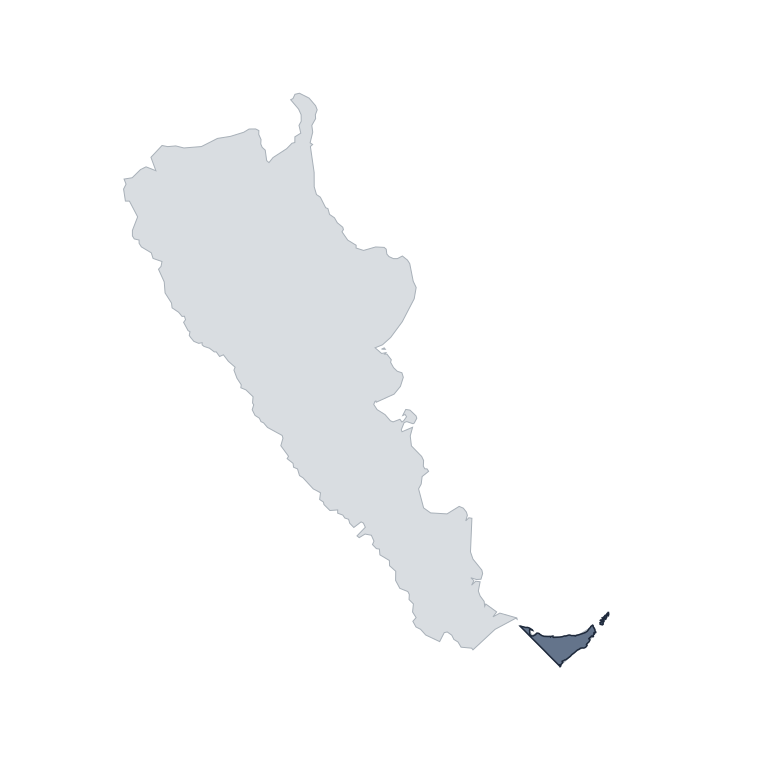 Tierra del Fuego highlighted on a map of Argentina, rotated 315°
{"feature_id": "ARG-1272", "entity_name": "Tierra del Fuego", "entity_type": "National Territory", "adm_level": 1, "iso_a3": "ARG", "parent_name": "Argentina", "parent_adm1": "", "projection": "mercator", "projection_center": [-65.869, -53.846], "detail": "fine", "context": "in_parent", "style": "filled", "palette": "slate", "viewbox_px": 768, "rotation_deg": 315, "n_neighbors": 0, "source": "natural_earth", "source_scale": "10m", "svg_char_len": 7636}
<svg xmlns="http://www.w3.org/2000/svg" viewBox="0 0 768 768"><g transform="rotate(315 384 384)"><path d="M474.1,195.2L470.2,202.3L471.1,206.9L467.4,218.1L468.4,220.3L465.4,225.6L466.5,231.4L465.0,237.0L465.7,244.0L464.5,246.1L461.9,246.7L460.1,256.6L462.4,266.2L460.4,268.1L464.0,275.1L475.0,281.2L480.7,287.5L480.9,290.2L477.9,294.1L477.6,297.4L479.3,302.0L482.1,304.8L487.5,306.5L488.2,313.0L487.3,317.1L477.3,332.0L475.0,338.5L465.6,345.1L440.9,352.9L421.6,355.8L410.6,355.2L403.3,352.1L403.9,360.7L407.5,363.2L405.6,363.3L407.2,364.9L406.3,372.0L404.0,373.3L402.3,379.2L402.4,384.4L404.6,388.7L402.4,392.9L393.9,397.3L384.0,398.3L365.6,391.4L366.3,390.3L365.3,389.9L362.3,391.2L361.0,397.2L363.1,406.4L362.5,414.5L363.6,417.2L370.3,420.2L369.8,423.5L372.0,423.9L376.8,423.1L377.4,420.5L374.9,419.5L381.4,417.4L383.9,420.8L384.1,429.2L383.0,431.4L377.8,433.0L376.4,432.6L373.5,426.7L371.0,425.5L363.8,428.6L363.0,430.5L373.6,434.8L365.8,439.3L359.6,447.2L359.4,461.9L357.9,466.1L353.7,469.9L352.9,472.8L354.4,474.5L353.8,477.3L345.5,476.4L339.6,481.0L334.3,482.6L324.4,499.6L325.8,508.1L336.7,520.4L350.6,523.7L352.3,527.9L351.7,532.8L350.1,535.8L345.0,538.6L349.4,538.6L351.2,541.1L326.4,563.9L323.1,570.7L321.6,584.8L319.7,587.8L314.5,590.6L311.1,587.6L308.4,582.4L308.5,586.6L303.7,588.2L309.4,588.3L312.1,591.8L304.3,597.1L302.1,601.8L301.1,608.5L298.0,612.4L300.4,611.5L302.5,624.8L296.4,625.7L303.9,627.9L312.5,643.3L311.8,644.5L311.5,642.8L289.0,636.0L258.9,634.9L259.2,632.8L252.4,624.6L253.9,618.8L252.8,614.0L254.3,609.5L253.4,604.1L250.8,602.4L241.2,605.5L236.0,591.0L236.4,583.3L234.8,578.4L236.6,572.2L241.5,571.9L243.0,565.4L249.3,560.3L249.3,554.1L253.1,550.7L254.1,547.6L250.7,539.7L253.3,531.1L259.9,524.7L259.4,516.5L263.0,512.6L260.3,501.9L264.0,497.5L262.2,495.0L262.3,489.4L265.8,488.0L268.1,482.0L264.5,476.7L257.8,475.1L257.5,472.3L269.5,472.1L271.1,467.8L270.3,465.3L261.2,464.1L261.3,458.3L263.3,454.6L261.5,451.0L262.2,447.6L259.9,442.6L262.2,440.3L256.3,435.2L256.3,426.8L257.7,424.7L256.8,420.2L262.2,416.0L259.8,408.1L260.4,393.0L259.5,389.0L262.8,382.9L261.2,378.9L263.6,375.8L262.7,368.3L265.4,367.6L267.4,354.7L274.2,350.9L275.6,348.4L270.9,332.3L271.4,326.3L270.4,323.6L271.7,320.1L270.6,315.0L272.6,309.0L277.2,306.6L277.6,304.5L282.4,300.4L282.2,290.5L280.1,285.4L282.5,283.6L284.1,276.0L287.7,268.1L290.6,266.8L290.0,257.9L291.1,249.8L287.2,248.3L288.1,242.7L286.7,241.3L285.9,235.3L283.3,230.1L283.1,227.7L284.6,226.2L281.7,224.2L279.7,219.4L280.1,214.9L280.6,212.0L283.8,209.8L283.2,207.7L285.9,198.7L289.1,198.2L290.8,195.0L289.0,193.4L289.5,188.0L288.0,180.3L291.0,176.5L293.6,164.8L300.8,156.4L305.7,143.4L309.5,143.2L313.6,140.4L309.5,131.9L312.2,126.7L309.4,115.5L310.3,111.4L312.6,109.0L310.0,104.8L310.8,101.4L314.7,97.5L328.0,91.6L333.3,74.7L330.5,71.8L337.7,62.0L342.9,60.3L345.1,55.3L351.8,60.1L363.5,60.2L369.3,62.2L373.5,71.9L379.5,58.9L395.7,58.4L398.9,63.2L405.1,68.4L409.4,75.6L422.8,87.0L439.9,92.6L450.5,100.3L462.8,106.8L468.9,108.3L473.6,112.9L474.7,116.3L471.9,119.0L469.9,124.2L466.6,127.1L465.2,130.5L465.4,134.6L459.0,143.1L459.2,146.1L465.7,145.4L481.6,148.8L489.2,148.7L491.7,150.2L495.8,146.2L502.5,147.8L506.8,141.0L511.2,139.7L515.8,135.0L518.0,129.2L519.0,117.0L521.5,117.8L525.9,116.2L529.8,118.6L533.2,128.9L532.4,138.9L530.6,142.9L525.8,145.1L523.3,148.0L515.8,150.1L511.7,155.5L502.3,161.2L502.9,164.2L499.9,164.0L484.2,185.0L474.1,195.2ZM308.6,707.6L309.0,651.8L314.8,662.4L311.9,661.7L311.1,666.9L316.0,668.0L318.3,674.5L329.0,686.8L344.8,699.3L360.7,703.0L356.3,709.1L340.7,712.2L331.5,708.9L308.6,707.6ZM367.0,706.9L371.8,704.6L381.1,704.2L368.8,708.8L367.0,706.9ZM409.7,358.6L409.5,360.4L406.9,357.6L409.7,358.6Z" fill="#d9dde1" stroke="#a8b0b8" stroke-width="1"/><path d="M308.8,705.7L308.8,698.8L308.8,691.9L308.9,685.0L308.9,678.2L308.9,671.5L308.9,664.7L309.0,658.1L309.0,651.4L309.5,651.8L309.6,652.0L309.9,652.8L310.0,653.0L311.0,654.5L312.0,656.3L312.3,656.6L313.3,657.5L313.7,658.2L314.1,659.0L314.4,659.9L315.0,662.5L315.0,662.9L314.9,663.3L314.8,663.1L314.6,662.5L314.2,660.8L313.8,660.5L313.5,660.6L313.2,660.8L312.7,661.1L312.3,661.6L311.5,662.5L310.6,663.4L310.1,664.5L310.0,665.4L310.1,666.3L310.8,667.1L311.6,667.8L312.2,667.9L312.9,668.1L314.0,668.4L315.6,668.2L316.7,669.0L317.0,669.8L317.3,670.3L317.2,671.1L317.2,671.3L317.4,671.8L317.6,673.0L317.7,673.5L318.5,675.1L318.6,675.5L321.5,678.6L322.5,679.5L322.9,679.8L322.9,680.2L322.8,680.6L323.2,680.6L323.5,680.5L323.9,680.8L325.0,681.4L325.2,681.7L324.7,681.8L324.6,682.2L324.6,682.8L324.8,683.2L328.9,686.9L331.3,688.7L333.0,689.5L334.0,690.2L334.2,690.7L334.8,691.0L336.9,692.0L337.9,692.9L338.6,694.4L340.1,695.9L340.5,696.6L341.0,696.9L341.1,697.5L341.7,697.7L342.1,697.8L342.7,698.0L344.1,698.9L349.2,701.5L349.4,701.6L349.8,701.6L350.0,701.7L350.5,702.1L351.8,702.3L352.9,702.6L356.5,702.0L357.3,702.1L357.7,702.1L358.7,701.7L361.0,702.0L361.1,702.6L360.8,702.9L360.6,703.1L360.5,703.3L360.0,704.7L360.1,704.8L360.1,705.1L359.7,705.7L359.6,705.9L359.6,706.2L359.7,706.5L359.4,706.9L358.9,707.3L358.8,707.5L358.4,709.1L358.2,709.3L358.0,709.5L357.8,709.5L357.5,709.4L357.4,709.2L357.4,708.9L357.3,708.6L356.9,708.3L356.4,708.4L356.1,708.6L356.2,709.1L355.9,709.6L354.7,709.5L354.1,709.7L354.0,709.9L353.9,710.1L353.8,710.4L353.6,710.6L353.3,710.6L353.1,710.6L352.9,710.4L352.7,710.0L352.7,709.9L352.7,709.5L352.7,709.3L352.7,709.1L352.4,709.0L352.1,708.9L351.8,708.9L351.2,709.2L350.2,708.8L349.8,709.1L348.9,708.8L348.6,709.0L348.8,709.4L349.1,709.8L348.8,710.3L348.5,710.7L347.5,711.0L346.6,711.3L345.4,711.2L343.6,711.2L342.8,711.5L342.9,712.0L342.8,712.4L342.0,712.6L341.6,712.7L340.3,712.7L338.9,712.2L338.5,711.9L338.2,711.6L337.9,711.2L337.7,710.9L336.3,709.9L335.9,709.7L334.2,709.5L332.9,708.9L328.4,708.6L325.3,708.1L323.4,708.3L319.4,707.8L317.2,707.4L316.5,706.8L315.1,706.6L314.3,706.1L313.9,706.0L313.7,706.2L313.7,706.8L313.7,707.0L313.5,707.3L310.6,707.5L310.2,707.4L309.9,707.2L309.5,706.5L308.9,705.8L308.8,705.7ZM380.0,704.3L380.3,704.4L380.7,704.1L381.0,704.0L381.2,704.3L380.8,704.6L380.7,704.8L380.6,705.0L380.4,705.5L380.1,705.8L379.8,705.8L379.6,705.9L378.8,706.6L378.7,706.6L378.6,706.2L378.8,705.6L378.8,705.1L378.6,705.1L378.4,705.2L378.2,705.5L377.8,705.8L377.2,705.7L376.9,705.8L376.8,706.0L376.7,706.3L376.4,706.5L375.0,706.7L374.9,707.0L374.7,707.1L374.4,707.1L374.3,706.8L374.3,706.5L374.4,706.2L374.6,705.6L374.3,705.6L374.2,705.6L374.1,705.8L373.9,705.6L373.7,705.6L373.3,705.9L372.5,706.5L372.4,706.6L372.1,707.0L371.9,707.2L371.7,707.3L371.4,707.3L370.9,707.4L371.0,707.2L371.1,706.8L370.9,706.8L370.6,707.0L370.7,707.4L370.5,707.5L369.8,707.9L369.6,708.1L369.4,708.6L369.2,708.8L368.2,708.8L367.9,708.5L368.0,708.4L368.2,708.2L368.3,707.9L367.0,707.0L367.0,706.5L367.4,706.2L367.7,706.0L367.9,705.7L368.1,705.4L368.6,705.6L369.3,706.1L369.6,706.1L370.5,705.7L370.8,705.4L369.9,704.5L369.8,704.1L370.2,704.0L370.3,704.1L370.7,704.7L370.9,704.9L371.4,705.1L371.6,705.0L371.8,704.7L372.0,704.7L372.4,704.8L372.4,705.1L372.4,705.5L372.5,705.7L372.6,705.8L372.8,705.7L372.7,705.4L372.7,705.2L372.7,704.8L372.7,704.5L372.7,704.1L372.9,703.7L373.0,703.8L373.2,704.0L373.5,704.1L373.8,704.0L374.0,704.1L374.3,704.3L374.7,704.1L375.0,704.2L375.2,704.3L375.4,704.6L375.5,704.8L375.8,704.5L375.7,704.3L375.7,704.1L376.0,704.0L376.3,704.3L376.6,704.3L376.7,704.1L376.8,704.0L377.0,704.1L377.2,704.7L377.4,704.9L377.5,704.8L378.0,704.4L379.6,704.0L380.1,704.2L380.0,704.3ZM308.6,708.4L308.8,707.6L308.8,706.1L308.9,706.3L309.3,707.0L309.7,707.6L309.8,707.8L309.9,708.2L309.6,708.4L308.6,708.4Z" fill="#64748b" stroke="#1e293b" stroke-width="1.5"/></g></svg>